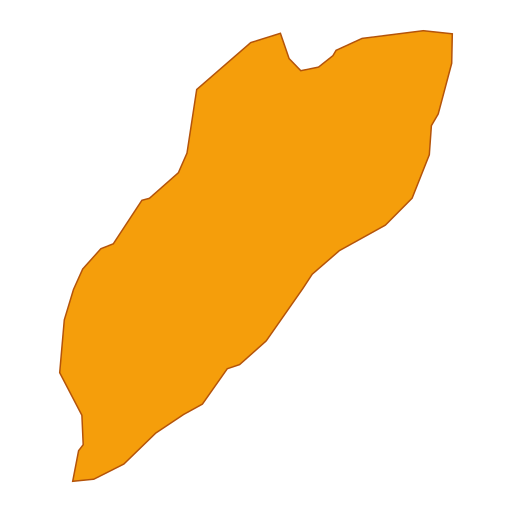 the district of Jocotenango, Sacatepéquez, Guatemala
{"feature_id": "79465075B20964806196125", "entity_name": "Jocotenango", "entity_type": "district", "adm_level": 2, "iso_a3": "GTM", "parent_name": "Guatemala", "parent_adm1": "Sacatepéquez", "projection": "robinson", "projection_center": [-90.734, 14.586], "detail": "fine", "context": "isolated", "style": "filled", "palette": "amber", "viewbox_px": 512, "rotation_deg": 0, "n_neighbors": 0, "source": "geoboundaries", "source_scale": "gbopen_adm2", "svg_char_len": 626}
<svg xmlns="http://www.w3.org/2000/svg" viewBox="0 0 512 512"><path d="M452.3,33.8L423.3,30.7L362.1,38.4L336.1,50.3L332.9,55.7L318.5,67.1L300.8,70.7L289.1,58.6L280.4,33.3L250.7,42.6L196.7,89.5L187.0,153.1L178.4,172.7L149.4,198.3L141.9,200.3L113.3,243.8L100.9,248.7L82.7,269.0L73.5,289.5L64.3,319.9L59.7,372.7L81.9,415.3L83.2,444.7L78.6,450.7L72.7,481.3L93.8,479.2L123.9,464.0L155.7,433.1L183.7,414.4L202.4,404.1L227.3,368.7L239.6,364.6L266.2,340.9L302.7,288.7L312.2,274.2L339.4,250.6L385.4,225.1L412.1,198.2L429.3,154.8L431.4,125.6L438.2,114.0L451.7,63.3L452.3,33.8Z" fill="#f59e0b" stroke="#b45309" stroke-width="1.5"/></svg>